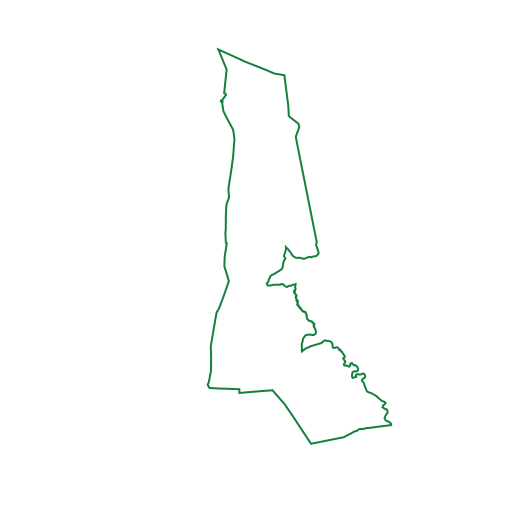 San Sebastián Coatlán, Oaxaca, Mexico (Natural Earth projection), rotated 339°
{"feature_id": "50627088B46272999254732", "entity_name": "San Sebastián Coatlán", "entity_type": "district", "adm_level": 2, "iso_a3": "MEX", "parent_name": "Mexico", "parent_adm1": "Oaxaca", "projection": "natural_earth1", "projection_center": [-96.86, 16.104], "detail": "fine", "context": "isolated", "style": "outline", "palette": "green", "viewbox_px": 512, "rotation_deg": 339, "n_neighbors": 0, "source": "geoboundaries", "source_scale": "gbopen_adm2", "svg_char_len": 6003}
<svg xmlns="http://www.w3.org/2000/svg" viewBox="0 0 512 512"><g transform="rotate(339 256 256)"><path d="M233.5,421.0L237.3,438.4L240.1,451.0L260.6,454.5L272.8,456.6L273.4,456.7L274.1,456.5L274.9,456.3L275.2,456.3L275.9,456.2L276.9,456.1L278.5,456.1L279.4,455.8L280.3,455.8L280.8,455.8L281.9,455.6L282.8,455.4L284.0,455.3L284.9,455.0L285.7,455.2L286.5,455.3L287.4,455.3L288.2,455.2L288.8,454.9L289.8,454.7L290.6,454.7L291.4,454.9L292.2,455.1L292.9,455.4L293.2,455.7L293.9,455.9L294.6,456.0L295.3,456.1L296.0,456.2L296.7,456.2L297.6,456.2L298.1,456.4L298.5,456.6L298.8,456.8L299.7,457.0L300.4,457.1L301.0,457.3L301.3,457.5L302.6,457.6L321.6,462.3L321.9,460.6L321.4,459.9L321.1,459.0L320.2,457.8L319.5,457.4L318.1,455.8L317.9,453.7L318.0,453.3L320.3,450.9L321.3,450.2L322.3,449.9L323.2,448.2L323.2,446.2L321.4,444.8L319.9,442.5L321.4,440.9L322.9,440.6L324.3,439.7L323.4,437.9L321.7,436.6L319.4,432.4L318.4,430.2L315.1,426.0L312.1,423.4L311.0,422.0L311.0,414.6L311.1,413.6L310.8,411.9L310.3,410.9L310.5,409.7L312.0,408.9L313.1,408.9L314.0,408.3L314.4,408.2L314.8,407.7L315.0,406.8L314.6,404.6L314.2,404.3L313.3,404.0L311.1,404.1L309.6,403.5L308.6,402.7L307.5,402.5L306.5,403.0L306.7,403.4L306.2,404.8L302.5,404.4L302.5,402.9L303.1,401.2L304.7,398.9L306.8,399.0L308.8,399.8L310.3,399.2L310.8,398.6L310.9,398.0L310.8,396.2L310.8,395.7L310.3,394.8L309.4,393.4L308.7,393.5L307.4,391.5L307.2,390.3L305.8,390.2L305.1,390.9L304.9,392.0L303.2,392.7L301.5,390.7L299.6,390.2L299.2,389.9L299.3,388.5L301.5,386.7L301.5,385.7L300.9,384.4L300.7,383.3L301.0,382.5L301.6,382.7L302.8,382.0L302.9,380.8L302.1,377.7L302.1,376.6L301.2,375.7L301.1,374.4L301.2,373.8L300.1,373.7L299.9,372.9L299.8,372.3L299.9,371.5L299.7,371.0L299.2,370.5L298.6,370.1L297.6,370.1L296.9,369.9L295.9,369.8L295.1,369.5L295.0,369.0L295.1,367.7L295.5,366.7L295.8,365.4L295.7,364.3L295.3,362.9L294.5,362.2L293.8,361.7L292.9,361.1L292.0,360.8L291.2,360.1L290.3,359.6L289.5,359.5L288.5,359.7L287.0,360.3L285.4,360.8L284.5,360.6L274.3,359.8L273.3,360.1L272.3,360.2L270.9,360.0L270.1,360.1L268.7,360.3L266.7,360.9L266.1,361.1L265.6,361.2L264.7,361.6L264.8,360.5L265.7,359.3L266.0,358.1L266.2,357.3L266.4,356.7L266.8,355.4L267.2,354.5L268.2,353.4L269.3,351.8L269.8,350.6L270.5,350.0L271.6,349.1L272.5,348.6L273.4,348.1L273.9,347.8L275.3,347.9L276.4,348.1L277.7,348.6L278.9,349.1L280.0,349.7L281.3,350.4L281.7,350.5L282.7,350.2L283.7,349.8L284.3,349.3L284.8,348.5L285.0,347.2L285.1,346.0L285.1,345.0L284.8,343.8L284.7,342.5L284.7,342.4L285.1,342.3L285.0,341.6L285.5,341.4L286.2,340.3L286.1,340.0L285.4,339.9L285.3,339.3L284.9,338.8L285.1,337.8L285.0,337.6L284.5,337.5L284.4,337.4L284.4,336.9L284.0,336.5L283.7,336.5L283.3,336.1L282.6,335.8L282.0,335.2L281.7,333.7L281.3,333.2L281.2,333.0L281.2,332.8L281.3,332.3L281.7,330.0L281.9,329.8L282.2,329.0L282.1,328.8L281.9,328.5L281.8,328.1L282.1,327.1L282.2,326.7L282.0,326.1L281.6,326.1L281.3,325.6L280.8,325.3L280.7,324.6L280.0,324.6L279.6,323.9L279.6,323.4L279.3,323.2L279.2,321.5L278.8,321.1L278.4,321.0L278.3,320.7L278.5,320.4L278.8,320.1L278.3,319.4L277.8,318.9L277.6,318.1L277.6,317.9L277.8,317.9L278.1,318.0L278.2,317.6L277.6,316.8L277.3,316.8L277.0,316.3L277.1,316.1L277.5,316.2L277.9,315.5L277.9,315.1L278.0,314.9L278.1,314.7L277.9,313.9L278.1,313.9L278.4,313.8L278.4,313.5L278.6,313.4L278.8,313.4L279.0,312.9L278.6,312.2L278.2,312.1L277.8,311.8L277.8,311.6L278.4,311.1L278.4,310.1L278.2,309.9L278.2,308.9L279.0,308.3L278.9,307.9L279.0,307.7L279.4,307.5L279.6,307.4L279.5,307.1L279.6,306.8L279.4,306.4L279.4,306.1L279.1,305.7L279.0,305.2L279.1,304.9L278.4,304.0L278.5,303.8L278.8,303.7L279.0,303.1L278.9,302.6L278.9,302.4L279.0,302.4L279.3,302.1L279.5,302.1L279.6,302.3L279.6,302.5L279.9,302.6L280.1,302.0L280.4,301.5L281.1,301.1L281.2,300.5L281.1,300.0L281.4,299.4L281.4,298.9L282.5,297.3L282.9,296.4L279.4,296.1L278.1,296.4L276.9,295.8L275.4,295.7L273.9,296.1L273.3,295.7L272.4,294.6L271.7,293.3L270.9,291.8L269.7,291.2L268.9,291.6L267.3,291.1L265.9,290.5L264.2,289.9L262.8,289.4L261.0,289.0L259.2,288.7L257.9,288.4L256.5,287.8L256.2,286.9L256.1,285.9L256.8,285.1L257.6,284.8L258.4,284.3L259.2,283.0L260.5,281.8L261.5,280.7L262.5,279.9L264.2,279.4L266.6,279.3L268.9,278.8L271.7,278.3L274.1,277.8L275.5,277.4L276.9,275.9L277.8,274.4L278.9,272.5L279.8,271.0L280.4,270.4L281.5,269.8L282.0,269.4L282.5,269.0L282.6,268.7L282.5,268.3L282.2,267.4L282.1,266.0L282.9,264.9L283.8,264.0L284.3,263.3L285.0,262.5L285.4,261.8L285.8,261.3L286.3,260.6L286.5,260.2L287.1,258.5L287.8,260.2L288.5,261.4L288.8,262.9L289.2,264.2L289.8,265.4L289.8,266.9L290.2,268.5L290.7,269.6L291.5,270.6L292.8,272.1L294.5,272.9L295.6,272.9L296.9,273.8L297.7,274.5L299.2,275.5L300.1,275.9L301.2,275.9L302.3,275.9L304.0,275.8L305.5,275.8L306.7,276.9L308.3,276.9L309.6,277.1L310.6,277.3L311.5,277.6L312.8,277.5L313.5,277.1L314.7,276.6L315.3,276.1L315.7,274.6L315.9,273.0L315.9,271.4L316.0,269.4L316.0,267.8L316.4,266.3L317.6,265.2L335.8,159.0L342.6,151.2L343.1,147.8L341.8,145.6L340.3,143.2L338.8,140.7L337.4,138.3L336.9,136.8L339.8,127.9L347.3,97.4L338.5,92.2L330.6,84.6L315.8,71.0L294.9,49.7L295.4,71.4L284.7,92.4L284.9,92.5L285.5,93.2L285.7,93.9L285.8,94.7L285.5,95.1L285.0,95.4L284.3,95.6L284.1,95.7L283.9,96.0L283.7,96.3L283.3,96.6L282.6,96.9L282.1,97.0L281.6,97.4L281.4,97.6L281.1,97.9L280.6,98.2L280.0,98.5L279.2,98.3L278.7,98.5L278.7,98.9L279.9,98.9L280.1,99.0L280.2,99.5L279.6,100.0L279.3,100.1L279.6,100.6L279.3,100.8L278.0,106.6L277.5,108.8L277.5,109.0L277.7,111.9L277.9,113.9L278.1,115.7L278.2,116.5L279.9,130.0L277.9,138.8L270.7,154.1L265.2,164.3L254.4,183.2L251.8,191.6L246.7,197.6L242.2,207.8L237.1,220.8L235.8,223.2L232.6,232.8L233.3,233.6L226.8,244.9L224.7,249.7L222.8,254.2L221.7,269.6L214.3,278.5L207.9,285.9L206.2,287.7L203.0,291.4L201.8,292.4L198.9,294.7L195.1,301.0L181.3,324.3L178.4,333.0L172.9,346.9L167.0,356.5L164.7,359.0L165.3,362.6L175.3,367.0L192.7,374.4L191.4,377.9L202.1,381.0L210.0,383.3L213.9,384.4L221.9,386.9L223.2,387.1L229.6,404.4L233.5,421.0Z" fill="none" stroke="#15803d" stroke-width="2"/></g></svg>